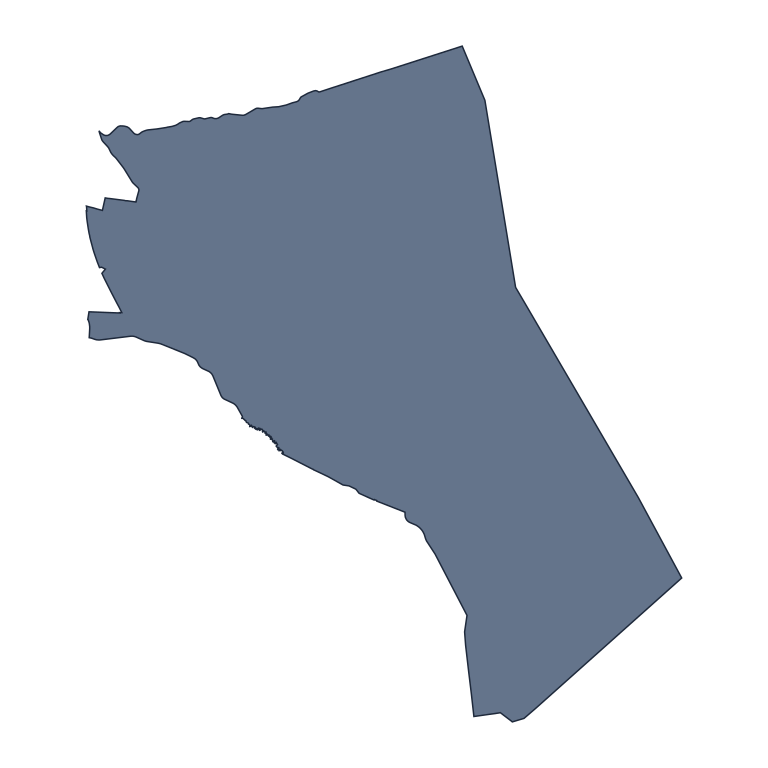 outline of Deurne, Noord-Brabant, Netherlands
{"feature_id": "6326949B59687324731711", "entity_name": "Deurne", "entity_type": "district", "adm_level": 2, "iso_a3": "NLD", "parent_name": "Netherlands", "parent_adm1": "Noord-Brabant", "projection": "orthographic", "projection_center": [5.787, 51.428], "detail": "fine", "context": "isolated", "style": "filled", "palette": "slate", "viewbox_px": 768, "rotation_deg": 0, "n_neighbors": 0, "source": "geoboundaries", "source_scale": "gbopen_adm2", "svg_char_len": 5741}
<svg xmlns="http://www.w3.org/2000/svg" viewBox="0 0 768 768"><path d="M512.3,721.9L524.0,718.4L535.5,708.5L681.7,578.0L638.4,497.7L566.8,375.0L524.6,302.7L515.9,287.9L515.5,286.9L515.3,285.5L484.9,100.3L462.2,46.1L390.7,69.1L381.1,71.9L357.1,79.7L331.5,88.0L320.0,91.8L319.0,92.0L318.1,91.6L317.4,91.1L315.7,90.6L313.6,91.0L307.9,93.2L301.7,96.6L300.8,97.2L300.2,98.1L299.3,99.7L298.2,100.9L296.7,101.7L292.4,102.8L286.3,105.0L278.8,106.7L277.5,106.8L272.7,107.1L262.5,108.6L261.4,108.6L257.9,108.2L256.6,108.3L255.6,108.7L245.7,114.5L244.0,115.2L242.6,115.3L231.7,114.2L228.6,113.6L227.5,114.1L224.5,114.5L223.8,114.7L222.7,115.2L218.4,118.0L217.2,118.4L216.5,118.6L215.2,118.6L214.2,118.5L211.9,117.6L211.1,117.5L210.2,117.6L204.9,118.9L203.9,118.8L200.5,117.8L199.4,117.7L198.7,117.8L193.9,118.9L193.0,119.2L192.4,119.5L190.2,121.2L189.2,121.5L184.0,121.3L182.8,121.5L179.5,123.0L177.6,124.3L175.7,125.3L172.1,126.4L167.3,127.2L166.3,127.5L156.6,129.0L148.0,129.9L146.2,130.3L144.2,131.0L142.5,131.7L141.6,132.2L139.3,134.0L138.2,134.5L137.6,134.6L136.0,134.4L134.9,134.0L134.4,133.6L133.8,133.2L130.0,129.0L128.9,127.9L127.0,126.8L124.6,126.2L123.2,126.0L120.4,125.9L119.4,126.1L118.1,126.6L116.8,127.7L112.1,132.2L110.1,134.1L109.2,134.7L108.1,135.3L107.6,135.4L106.5,135.5L105.5,135.5L104.4,135.2L103.5,134.8L100.7,132.9L100.3,132.5L99.0,130.8L99.4,132.5L101.6,139.2L101.9,140.0L102.4,140.8L103.5,142.2L107.6,146.6L108.7,148.0L110.8,152.4L111.9,154.0L113.3,155.6L115.5,157.6L116.6,158.9L123.2,167.5L124.1,168.8L132.3,182.1L133.5,183.5L138.0,187.7L138.4,188.3L138.7,189.0L138.9,189.7L138.9,190.5L138.7,191.2L136.6,198.8L136.3,200.9L136.1,200.9L135.9,202.0L126.8,200.7L126.1,200.8L125.1,200.6L124.4,200.4L108.7,198.4L108.0,198.4L105.2,197.9L102.4,210.4L97.4,209.1L93.5,207.9L89.6,207.0L86.4,206.1L86.6,207.4L86.8,211.0L86.3,210.9L86.7,217.6L87.2,221.6L88.4,229.5L89.1,233.4L89.6,235.4L89.9,237.3L90.9,241.2L92.7,247.9L92.9,248.9L93.0,249.0L93.5,250.8L94.6,254.2L97.2,261.7L99.5,267.6L101.6,267.2L105.4,269.1L101.9,273.3L104.2,278.3L111.4,292.6L116.9,303.2L118.8,306.7L121.8,312.6L119.7,312.6L119.9,313.0L89.0,311.8L87.8,319.4L88.0,319.4L88.8,321.7L89.2,322.9L89.4,324.2L89.7,326.6L89.7,328.8L89.3,336.1L89.3,337.4L89.2,337.4L89.2,337.7L91.3,338.1L94.7,339.3L96.5,339.8L99.0,340.0L100.5,339.9L130.8,336.2L132.9,336.2L134.5,336.5L136.0,337.0L144.5,340.8L146.5,341.4L158.1,343.2L160.6,343.8L184.7,353.5L193.2,357.7L194.8,358.7L195.5,359.2L196.7,360.6L197.4,361.7L198.5,364.2L199.0,365.3L200.2,366.8L200.8,367.3L202.0,368.2L202.9,368.7L209.2,371.6L210.7,372.8L211.9,374.1L212.9,375.9L221.0,395.6L221.8,396.9L222.5,397.8L224.2,399.1L224.9,399.4L233.2,403.3L234.3,404.0L235.6,405.1L237.0,406.8L242.3,416.2L242.4,416.6L242.3,417.3L241.8,418.1L241.8,418.3L242.7,418.3L243.3,418.6L243.7,419.0L243.9,419.3L244.5,419.7L245.0,420.4L245.8,420.7L245.9,420.9L246.0,421.3L246.5,422.4L248.1,423.0L248.4,423.3L248.5,423.6L248.5,424.1L249.5,424.6L249.9,425.3L250.0,425.6L249.9,425.9L249.7,426.2L249.7,426.5L250.4,426.4L250.8,426.1L251.1,425.6L251.5,425.3L251.7,425.5L251.6,425.8L251.4,426.1L252.3,427.1L252.4,427.3L252.6,427.4L252.7,427.2L252.7,426.9L253.0,426.7L253.5,426.6L254.1,426.7L254.4,427.0L254.5,427.8L254.7,427.7L255.0,427.3L255.1,427.2L255.2,427.3L255.3,427.8L254.9,428.3L255.0,428.5L255.4,428.8L255.6,429.0L255.8,429.2L256.0,429.1L256.0,428.5L256.3,428.5L256.6,429.3L256.8,429.5L257.6,428.6L257.8,428.6L257.9,428.8L257.9,429.0L257.8,429.4L257.8,429.6L258.6,429.2L258.4,428.4L258.5,428.2L258.8,428.4L259.8,428.3L260.0,428.5L259.7,429.5L259.4,429.8L259.5,430.3L259.9,430.2L260.1,429.4L260.4,429.4L260.4,429.5L260.3,429.9L260.6,429.9L261.0,429.7L261.2,429.2L261.8,429.1L262.2,429.4L262.7,430.2L262.9,430.7L262.8,431.0L262.5,431.2L262.5,431.7L262.7,432.0L263.0,431.8L263.4,430.9L263.6,430.8L264.1,431.1L264.3,431.7L264.5,431.9L265.7,432.0L265.3,432.7L265.1,433.1L265.5,433.3L265.6,433.2L265.8,432.8L265.9,432.7L266.1,432.6L266.3,433.2L266.6,433.6L266.7,433.8L266.4,434.1L266.0,434.9L266.5,435.1L266.7,434.8L267.0,434.5L267.3,434.4L267.5,434.4L267.7,435.1L267.9,435.3L268.6,435.0L269.0,435.0L269.1,435.4L269.0,435.7L268.6,436.0L268.9,436.3L269.6,436.5L270.4,436.2L270.8,436.4L271.2,437.0L270.2,437.1L270.0,437.3L270.7,438.0L270.5,438.8L270.4,439.0L270.5,439.2L271.3,439.2L271.4,438.7L271.6,438.6L272.1,438.9L272.3,439.0L272.0,439.6L272.9,440.7L272.7,441.6L273.0,441.8L273.6,441.1L274.3,440.7L274.5,440.7L274.6,441.1L274.2,442.7L274.3,442.9L274.4,443.0L274.6,442.9L274.9,442.2L275.0,442.2L275.2,442.5L275.4,443.6L275.6,443.5L275.8,443.4L276.1,442.5L276.3,442.4L276.9,443.8L277.5,444.4L277.3,444.9L277.1,445.1L276.6,445.4L276.3,446.0L276.2,446.1L276.3,446.4L277.7,447.7L278.6,447.6L278.8,447.7L279.0,448.2L278.8,448.8L278.7,448.9L278.2,448.6L277.6,449.1L277.6,449.3L278.0,449.8L278.7,449.6L278.8,449.9L279.1,450.7L279.3,450.6L279.4,449.7L280.3,449.5L280.3,450.6L280.7,450.6L281.2,450.1L282.2,450.7L282.4,450.9L282.5,451.3L282.5,451.5L283.2,452.0L283.3,452.2L283.1,452.4L282.6,452.2L282.5,452.3L283.0,453.0L282.1,453.1L281.9,453.3L282.0,453.5L282.6,453.7L282.7,454.1L289.1,457.2L312.2,469.0L313.3,469.4L313.5,469.8L314.7,470.3L328.2,476.7L343.0,485.0L349.0,485.9L355.7,489.1L356.4,489.8L359.0,493.2L360.0,493.7L368.8,497.7L374.0,500.0L374.4,500.0L374.5,499.6L376.7,500.5L376.6,500.9L376.7,501.1L405.0,512.2L405.1,515.6L405.2,516.3L405.4,517.4L405.7,518.0L406.2,519.1L406.8,520.1L407.3,520.6L408.1,521.4L409.1,522.1L410.8,522.9L415.0,524.7L416.2,525.2L417.7,526.2L419.3,527.4L420.5,528.6L421.9,530.2L422.8,531.5L423.8,533.4L424.3,534.5L425.6,538.8L426.5,540.9L435.1,554.1L467.0,615.4L464.6,631.9L465.6,645.2L468.6,671.1L471.4,694.2L473.9,716.5L499.4,712.9L500.2,712.6L511.4,721.1L512.3,721.9Z" fill="#64748b" stroke="#1e293b" stroke-width="1.5"/></svg>